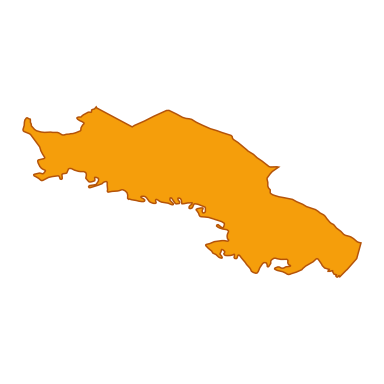 Cota, Cundinamarca, Colombia (Equal Earth projection), rotated 90°
{"feature_id": "7082276B44065985457815", "entity_name": "Cota", "entity_type": "district", "adm_level": 2, "iso_a3": "COL", "parent_name": "Colombia", "parent_adm1": "Cundinamarca", "projection": "equal_earth", "projection_center": [-74.11, 4.786], "detail": "fine", "context": "isolated", "style": "filled", "palette": "amber", "viewbox_px": 384, "rotation_deg": 90, "n_neighbors": 0, "source": "geoboundaries", "source_scale": "gbopen_adm2", "svg_char_len": 6080}
<svg xmlns="http://www.w3.org/2000/svg" viewBox="0 0 384 384"><g transform="rotate(90 192 192)"><path d="M106.9,287.8L108.9,289.5L109.4,291.2L110.0,292.4L112.1,292.6L112.3,293.3L112.1,294.9L112.2,295.8L114.7,300.4L115.7,301.8L116.8,302.7L117.0,303.3L117.1,305.7L117.6,306.9L118.1,307.1L119.2,306.4L120.6,304.3L121.8,301.6L123.0,300.0L123.8,300.1L125.1,301.4L127.3,302.7L128.0,303.0L130.3,303.2L130.9,303.7L132.8,308.4L133.6,311.2L133.7,313.2L134.1,314.9L134.3,317.8L135.0,320.0L134.9,321.8L132.9,325.2L132.4,326.8L132.4,331.3L132.1,333.4L132.4,339.5L132.0,343.1L130.7,347.6L129.4,349.5L125.9,352.6L124.0,352.8L122.3,353.6L119.9,353.6L119.1,353.8L118.9,354.8L117.9,356.6L117.8,357.0L118.1,357.7L120.0,359.1L122.2,359.6L125.5,359.8L129.4,361.0L130.7,360.8L131.5,360.0L133.8,354.4L134.8,353.2L146.9,344.3L150.8,343.1L153.9,341.5L157.4,339.3L157.9,339.3L158.3,339.6L158.7,340.4L159.9,345.5L160.4,346.1L161.1,346.3L162.9,345.9L166.4,344.2L168.3,342.6L169.3,341.0L170.2,339.0L170.7,338.6L171.2,338.7L173.5,340.5L173.8,341.4L173.1,344.1L173.1,344.7L174.2,349.5L174.6,350.2L175.0,350.3L175.9,349.8L176.9,347.8L178.4,345.3L180.2,343.2L180.6,342.3L180.4,341.2L177.4,335.4L176.6,331.9L175.8,325.9L176.0,325.2L177.0,324.5L178.9,323.9L179.2,323.3L179.3,322.6L179.1,322.2L178.6,321.8L177.3,321.8L174.7,322.1L174.1,321.7L173.7,320.8L173.3,317.9L172.9,317.2L168.9,315.5L168.5,314.5L168.5,313.1L168.8,312.1L170.1,309.6L171.3,305.6L171.6,303.4L171.6,300.1L172.3,298.7L172.9,298.1L174.0,297.7L175.5,297.7L178.0,298.2L178.4,298.1L181.7,295.2L181.9,294.7L182.0,293.6L181.7,292.0L180.8,289.4L180.0,289.1L177.6,289.4L177.3,289.1L177.4,287.7L178.1,286.0L179.0,285.4L181.1,285.6L184.2,287.7L184.6,288.4L184.9,289.9L185.6,294.7L186.8,295.4L187.6,294.9L187.7,294.3L187.6,293.5L185.2,285.9L183.7,282.0L182.5,280.7L181.8,279.4L181.6,278.3L181.6,277.4L182.4,276.8L185.4,276.8L189.6,276.4L191.1,276.7L191.9,276.3L192.1,275.7L191.4,272.0L191.0,266.4L190.6,264.6L189.7,262.2L189.8,261.0L190.9,258.8L192.7,257.0L195.0,256.3L198.3,256.4L198.7,256.1L199.2,255.4L198.9,255.2L199.7,252.5L200.5,247.7L201.2,245.0L201.6,242.1L201.6,240.6L201.1,239.5L200.1,239.2L198.9,240.4L197.8,242.5L197.2,243.1L196.9,243.1L196.4,242.6L196.2,240.8L196.5,239.2L196.9,238.4L197.8,237.4L201.5,234.7L202.3,233.5L203.1,231.5L203.4,230.2L203.4,228.7L203.2,228.2L202.6,227.9L200.9,228.4L199.9,228.4L199.5,228.0L199.4,227.3L199.9,226.3L201.2,224.5L202.1,222.5L203.2,215.8L204.5,212.8L204.8,211.6L204.5,210.7L203.8,210.6L200.5,213.8L199.4,214.1L198.0,213.8L197.8,213.1L198.1,212.4L203.1,209.0L203.9,207.9L203.6,205.4L203.5,204.8L203.1,204.5L202.6,204.3L201.8,204.4L200.0,205.8L198.9,206.2L198.1,205.8L198.1,204.6L198.6,203.6L199.6,202.9L201.1,202.5L203.5,202.2L203.8,202.0L203.7,200.1L202.9,196.1L202.8,192.0L204.0,192.0L205.6,194.0L206.6,194.8L208.0,195.0L208.5,194.4L208.6,193.8L208.5,193.1L208.0,192.0L207.4,191.5L204.3,190.1L204.0,189.7L203.8,189.1L204.1,186.9L204.4,185.7L207.0,179.1L207.8,178.6L211.6,178.6L212.4,179.2L212.9,180.1L212.9,180.9L212.7,181.2L211.5,181.8L210.4,181.8L208.8,181.0L208.3,181.0L208.1,181.2L207.9,181.7L208.0,183.5L208.7,186.7L209.4,187.8L210.0,187.8L211.3,186.7L213.3,185.4L215.4,184.7L216.4,183.9L216.7,183.0L217.0,179.0L217.4,175.4L221.4,162.9L221.8,162.0L223.3,159.7L224.1,159.6L225.6,159.9L227.2,160.5L227.6,161.0L227.6,161.8L227.4,162.4L224.7,165.8L224.7,166.4L225.2,167.3L226.1,167.4L227.2,166.0L228.1,164.2L229.0,161.3L229.7,157.1L230.7,155.7L231.6,155.5L234.3,156.6L236.0,156.9L238.0,156.7L238.9,156.4L239.8,155.5L240.4,155.4L240.8,155.6L241.2,156.6L240.6,159.8L240.6,162.0L241.5,168.6L241.7,169.8L243.6,174.3L244.4,177.6L244.7,178.1L245.1,178.3L245.8,178.1L248.4,175.6L251.0,172.4L253.1,171.1L254.5,168.1L257.1,165.3L257.7,164.2L258.1,162.8L258.1,162.1L257.7,161.8L256.4,162.2L254.0,164.1L251.5,162.9L250.1,162.7L249.5,162.3L249.6,161.6L250.2,160.6L251.5,159.3L252.7,159.4L253.5,160.1L253.9,160.2L254.8,159.6L255.4,158.8L255.6,156.9L255.5,153.8L255.1,151.9L254.3,150.0L254.4,149.6L255.1,149.5L257.6,149.9L258.3,149.4L258.5,149.0L258.6,147.8L258.4,147.3L257.8,146.9L255.4,146.1L255.1,145.7L255.1,145.0L255.8,144.1L258.0,142.5L262.5,138.7L264.5,137.4L268.0,134.2L269.1,133.5L271.2,132.6L272.4,130.8L273.2,128.4L273.1,127.2L272.7,126.6L271.2,125.6L267.7,124.2L263.7,121.5L262.7,120.3L262.6,119.0L263.0,117.6L264.6,116.9L266.5,116.7L266.8,116.3L266.8,115.7L266.4,115.2L263.5,113.3L261.0,113.2L260.5,113.0L259.5,112.0L258.3,110.1L258.2,109.4L258.2,108.4L258.7,106.9L259.4,103.1L259.3,97.2L259.8,96.5L260.3,96.1L262.8,96.2L264.0,95.8L264.8,95.0L265.5,93.6L265.9,93.5L266.1,93.6L266.4,94.4L266.8,98.0L268.1,100.5L268.2,101.3L268.1,102.6L267.0,104.7L266.9,106.1L267.9,108.8L268.4,109.3L268.9,109.4L269.4,108.9L270.4,106.8L271.7,101.3L273.1,98.4L274.2,96.7L274.5,95.5L274.3,94.1L273.8,93.0L272.1,87.6L269.7,82.2L268.5,81.2L266.1,78.4L261.7,70.8L259.0,67.9L258.7,67.3L258.7,66.8L258.9,66.2L260.2,65.1L264.0,62.5L265.6,61.7L268.0,59.4L269.4,54.7L269.7,54.8L270.0,55.6L271.3,55.9L271.3,53.9L270.8,52.5L270.7,51.4L271.1,51.3L271.6,51.5L272.4,50.9L273.9,50.2L274.2,49.8L274.6,47.9L274.9,47.5L275.9,48.2L276.7,47.6L277.1,47.0L277.0,46.4L276.5,45.7L275.9,45.6L275.6,45.0L276.8,44.2L269.9,37.4L269.8,37.1L258.6,27.3L242.9,23.0L242.4,25.3L241.7,26.9L238.6,30.5L236.9,33.2L236.3,34.9L235.3,38.7L234.3,40.4L231.3,43.2L228.0,47.6L225.0,50.0L224.3,50.9L223.5,52.6L222.2,54.2L218.5,57.3L216.3,58.8L214.9,60.3L213.0,63.9L211.4,65.8L209.6,68.5L206.6,77.5L204.3,81.3L201.7,87.4L199.4,91.5L197.6,100.4L196.8,105.0L195.5,109.3L194.7,111.5L193.5,113.3L192.8,113.8L189.8,113.8L188.2,115.3L186.2,116.2L182.4,116.2L179.0,117.0L177.9,116.8L173.7,113.7L171.5,111.7L167.1,105.4L166.8,107.1L167.0,113.5L166.5,115.1L161.2,121.8L157.7,127.0L154.4,130.5L151.1,135.9L149.7,137.4L142.6,145.9L139.6,150.4L138.5,151.4L136.4,151.9L135.4,153.0L132.5,162.1L130.7,167.0L128.7,173.7L125.2,181.6L123.1,186.0L122.1,188.0L119.4,192.3L118.8,194.7L118.4,198.1L117.4,201.4L114.2,207.2L110.4,215.0L110.5,217.5L112.3,221.5L116.3,230.3L121.0,239.5L125.4,249.5L126.9,251.8L108.0,287.2L106.9,287.8Z" fill="#f59e0b" stroke="#b45309" stroke-width="1.5"/></g></svg>